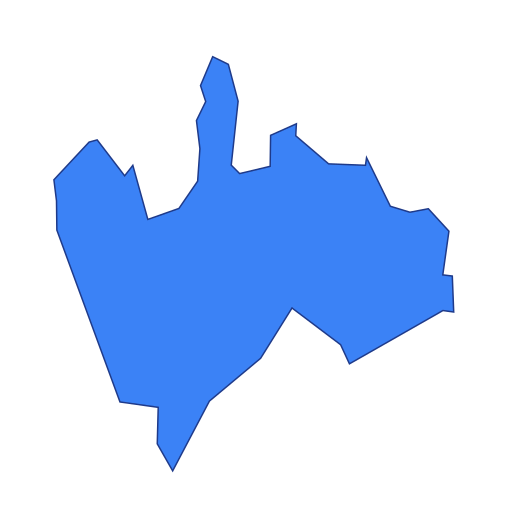 outline of Nyirol, Jonglei, South Sudan, rotated 173°
{"feature_id": "79223893B2194918447747", "entity_name": "Nyirol", "entity_type": "district", "adm_level": 2, "iso_a3": "SSD", "parent_name": "South Sudan", "parent_adm1": "Jonglei", "projection": "robinson", "projection_center": [32.071, 8.567], "detail": "fine", "context": "isolated", "style": "filled", "palette": "blue", "viewbox_px": 512, "rotation_deg": 173, "n_neighbors": 0, "source": "geoboundaries", "source_scale": "gbopen_adm2", "svg_char_len": 690}
<svg xmlns="http://www.w3.org/2000/svg" viewBox="0 0 512 512"><g transform="rotate(173 256 256)"><path d="M290.3,431.9L287.1,415.4L298.6,397.7L298.6,369.3L304.8,337.4L326.7,312.6L358.9,305.5L367.2,361.0L376.6,351.6L399.5,390.6L407.8,389.4L447.3,356.3L447.3,335.0L450.5,306.0L408.8,127.7L371.5,117.7L376.9,81.6L364.9,52.9L319.9,117.7L263.9,153.9L226.6,200.0L182.8,157.6L176.4,137.6L77.1,179.1L66.6,176.3L63.6,212.2L72.9,214.5L61.5,257.1L79.2,281.9L97.9,280.7L116.6,289.0L134.3,340.1L136.3,332.7L172.7,338.6L201.9,370.5L199.8,382.3L226.8,374.0L231.0,343.3L262.2,339.8L269.5,349.2L254.9,411.8L260.1,449.6L274.7,459.1L290.3,431.9Z" fill="#3b82f6" stroke="#1e3a8a" stroke-width="1.5"/></g></svg>